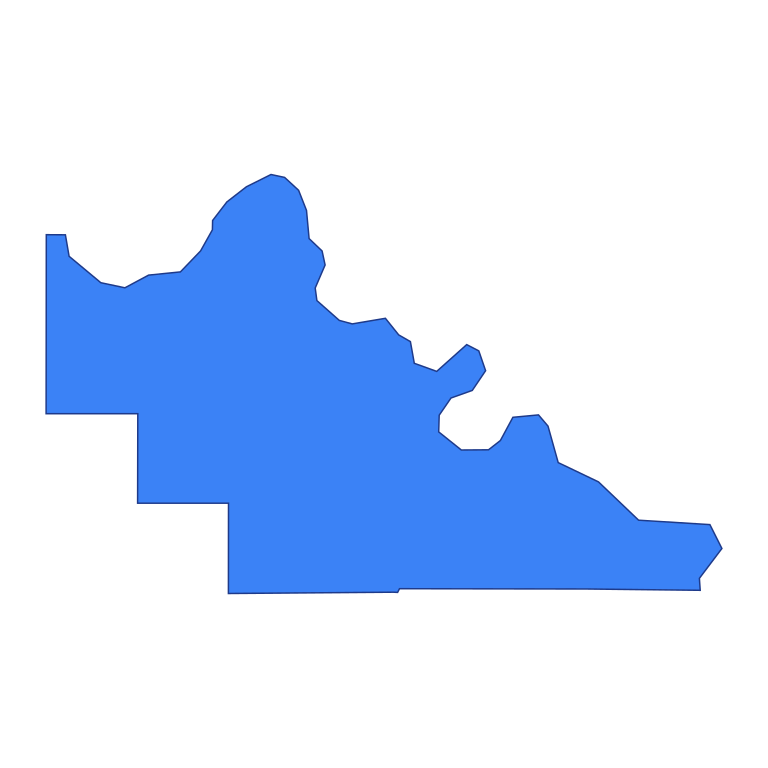 outline of Pawnee, Oklahoma, United States of America
{"feature_id": "52423323B92257960877908", "entity_name": "Pawnee", "entity_type": "district", "adm_level": 2, "iso_a3": "USA", "parent_name": "United States of America", "parent_adm1": "Oklahoma", "projection": "robinson", "projection_center": [-96.654, 36.362], "detail": "fine", "context": "isolated", "style": "filled", "palette": "blue", "viewbox_px": 768, "rotation_deg": 0, "n_neighbors": 0, "source": "geoboundaries", "source_scale": "gbopen_adm2", "svg_char_len": 847}
<svg xmlns="http://www.w3.org/2000/svg" viewBox="0 0 768 768"><path d="M700.2,590.3L699.4,578.3L721.9,548.5L709.9,524.6L638.6,520.2L598.5,481.9L558.2,462.6L548.0,426.1L538.5,414.9L512.9,417.3L500.4,440.5L488.5,449.8L461.3,450.0L438.7,431.9L439.2,415.2L451.0,398.0L472.3,390.4L485.6,370.7L478.8,350.9L466.7,344.6L436.7,371.4L414.3,363.3L410.4,341.6L398.7,334.9L385.4,318.3L352.2,323.9L339.3,320.4L316.9,300.6L315.2,288.0L325.1,265.0L322.1,251.0L309.1,238.6L306.5,210.4L298.6,190.3L284.6,177.4L271.0,174.5L246.5,186.7L226.9,201.9L212.6,220.5L212.4,229.8L200.6,250.9L180.4,271.9L148.6,275.1L124.9,287.8L100.8,282.7L69.1,256.3L65.4,234.8L46.3,234.7L46.2,339.9L46.1,413.7L137.8,413.7L137.6,503.2L228.5,503.2L228.4,593.5L393.4,592.2L397.6,592.4L399.5,588.7L586.6,589.0L674.8,590.0L700.2,590.3Z" fill="#3b82f6" stroke="#1e3a8a" stroke-width="1.5"/></svg>